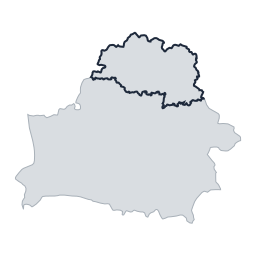 Vitebsk on a map of Belarus (Albers equal-area conic projection)
{"feature_id": "BLR-2341", "entity_name": "Vitebsk", "entity_type": "Region", "adm_level": 1, "iso_a3": "BLR", "parent_name": "Belarus", "parent_adm1": "", "projection": "albers", "projection_center": [28.969, 55.191], "detail": "fine", "context": "in_parent", "style": "outline", "palette": "slate", "viewbox_px": 256, "rotation_deg": 0, "n_neighbors": 0, "source": "natural_earth", "source_scale": "10m", "svg_char_len": 9016}
<svg xmlns="http://www.w3.org/2000/svg" viewBox="0 0 256 256"><path d="M220.6,189.7L216.0,189.6L210.6,189.9L207.6,192.2L204.2,191.2L201.9,192.5L196.6,198.5L194.6,201.7L192.7,206.7L191.5,210.3L192.3,212.8L193.3,215.1L193.6,217.6L194.2,219.6L192.9,221.1L192.1,223.2L189.8,222.9L186.9,220.9L186.3,218.1L184.0,216.1L182.6,215.1L180.2,215.0L176.5,216.0L171.5,216.7L167.8,217.0L165.8,218.0L162.8,219.0L161.6,217.8L159.9,214.6L158.6,211.3L157.6,209.9L156.8,209.5L155.8,209.6L154.7,210.6L153.8,211.7L150.7,212.9L149.3,214.1L147.8,217.1L146.8,216.8L145.8,216.1L144.6,212.8L143.0,212.0L140.4,211.9L137.1,211.2L134.5,210.2L133.6,210.4L132.0,211.8L130.3,212.0L126.6,210.7L125.9,211.2L123.7,214.9L122.7,215.0L122.2,214.6L122.5,211.4L120.4,210.2L116.8,209.9L114.2,210.3L113.0,210.2L112.4,209.5L109.4,204.1L107.8,203.7L104.8,203.9L100.5,203.1L95.6,201.7L92.9,201.2L91.5,199.9L88.4,199.4L80.3,196.8L76.9,196.2L72.0,196.0L64.5,195.1L59.7,195.1L57.4,195.7L54.8,196.0L45.8,196.1L42.6,196.5L41.6,197.6L40.3,200.0L36.3,204.0L32.6,206.6L31.9,206.8L29.9,205.1L28.2,204.5L26.1,204.2L24.6,204.5L23.7,205.2L23.5,208.5L23.3,208.8L22.0,204.7L22.4,201.2L23.5,199.2L24.7,197.5L24.4,194.7L25.8,191.2L26.0,188.6L25.6,187.4L24.9,186.0L22.7,184.4L21.7,183.2L18.7,181.4L15.8,179.3L15.4,178.1L15.6,177.3L16.2,176.2L18.9,172.8L21.7,169.6L23.4,168.4L32.4,164.7L33.8,163.2L34.4,160.7L34.6,155.4L34.4,150.6L34.0,147.3L32.8,141.0L29.4,127.9L27.8,114.5L29.4,115.4L33.4,116.0L36.7,115.3L38.3,115.3L39.8,115.7L44.0,115.2L45.0,116.5L46.8,117.7L50.5,116.4L53.9,114.7L57.3,115.1L57.8,114.3L58.9,109.6L60.0,108.6L64.0,109.3L65.5,108.6L67.2,106.4L69.6,105.0L71.6,105.1L73.8,103.6L74.7,104.8L75.1,106.7L74.4,108.2L74.6,108.9L76.0,109.7L78.5,109.8L80.1,109.2L80.5,108.4L80.5,106.7L80.2,105.2L79.3,103.9L77.3,103.1L76.0,103.0L75.8,102.2L76.3,100.5L77.7,97.3L79.3,94.4L80.3,93.3L80.5,92.3L80.4,90.5L80.5,87.4L82.0,82.9L83.9,79.6L86.3,78.7L89.2,78.2L91.1,76.7L92.1,74.9L93.0,72.0L93.9,71.5L100.8,72.1L102.0,69.2L102.6,68.4L103.9,67.6L104.9,66.6L104.5,65.8L102.8,65.3L98.7,64.7L97.9,63.7L98.2,62.6L99.4,59.6L100.6,55.8L101.2,52.9L101.3,51.1L101.9,50.7L105.3,50.2L106.4,49.7L109.4,45.7L111.6,45.1L117.2,46.3L119.8,46.2L123.1,46.6L123.4,46.2L124.6,42.2L130.2,35.9L133.2,33.7L135.1,33.2L135.7,33.4L138.7,36.8L139.4,36.9L141.4,35.5L144.8,35.4L146.4,36.6L148.6,40.8L149.8,41.3L153.1,39.0L155.0,38.2L156.2,38.2L162.5,41.4L162.9,42.4L163.0,43.7L162.0,47.4L163.3,49.7L164.9,51.3L168.1,48.7L169.3,47.9L170.6,47.9L172.3,46.9L173.6,45.5L174.8,44.9L177.1,45.2L181.3,44.8L186.2,47.0L186.6,47.7L189.1,50.3L190.0,51.6L190.8,52.0L192.2,53.3L193.9,54.1L195.2,53.8L195.7,54.2L196.3,55.2L196.4,57.0L196.4,62.0L194.7,64.6L194.5,65.5L194.6,66.6L196.0,68.8L197.9,72.1L198.4,74.0L198.5,75.4L196.1,79.8L195.3,80.8L194.8,82.9L194.5,85.1L194.7,86.0L199.0,89.3L202.1,91.0L202.9,91.9L203.0,92.5L201.4,96.2L201.3,97.2L203.8,98.6L205.3,100.9L206.6,104.8L209.1,108.4L218.2,113.6L219.0,114.5L219.3,115.7L219.2,118.2L217.7,123.2L219.3,123.8L223.2,123.5L228.0,123.9L234.0,127.0L234.1,128.6L233.5,130.0L234.0,131.5L234.7,132.7L239.9,136.3L240.5,137.4L240.6,139.2L240.6,140.6L239.2,141.0L237.7,141.7L235.2,143.5L234.3,145.8L230.4,149.2L227.9,150.8L225.9,151.0L221.1,150.5L219.3,149.0L218.5,147.6L216.7,147.0L214.2,147.0L210.8,147.4L210.2,147.9L209.7,149.7L208.3,152.8L207.3,154.5L211.9,160.4L214.1,162.8L214.9,164.3L214.9,165.4L213.9,166.7L214.2,169.2L216.4,172.5L215.7,173.1L215.7,177.2L215.8,181.7L216.5,182.7L217.6,183.6L218.7,185.1L220.5,188.8L220.6,189.7Z" fill="#d9dde1" stroke="#a8b0b8" stroke-width="1"/><path d="M99.7,65.1L99.4,65.1L98.1,64.5L97.7,64.3L97.6,63.9L97.9,63.2L98.6,61.8L98.9,60.4L99.1,60.0L100.0,59.2L100.0,58.7L99.7,57.9L99.8,57.0L101.3,55.0L101.5,54.2L101.6,53.1L101.5,52.1L101.4,51.1L101.9,50.3L102.4,50.1L103.0,50.1L104.1,50.7L104.7,50.6L106.4,49.8L106.9,49.3L108.2,47.0L109.5,45.5L110.0,45.2L112.9,44.9L113.8,45.1L114.3,45.3L115.6,46.5L116.2,46.9L116.6,46.7L118.1,45.2L118.7,45.9L119.3,46.3L120.0,46.5L122.8,46.8L123.4,46.8L123.8,45.4L124.0,43.5L124.7,41.8L126.9,40.4L127.6,39.1L127.7,38.2L128.4,37.5L129.9,36.4L130.6,35.0L130.9,34.6L132.1,34.3L133.0,33.9L134.0,33.2L134.9,32.8L135.8,33.4L136.2,34.1L137.7,35.7L138.4,36.7L138.8,37.2L139.3,37.3L139.7,37.0L140.5,35.9L141.0,35.5L144.2,35.2L145.8,35.6L146.0,35.8L147.3,38.0L147.5,38.9L147.6,39.8L147.9,40.6L148.4,41.1L150.1,41.6L150.6,41.5L150.6,40.6L151.2,40.0L152.6,39.4L153.8,38.5L154.9,38.1L156.2,38.1L157.4,38.6L159.2,39.9L162.5,40.8L162.9,41.1L163.7,42.0L163.9,42.3L164.0,42.6L163.9,42.9L163.6,42.9L163.0,43.2L162.8,43.4L162.7,43.7L162.4,45.4L161.9,46.7L161.8,47.3L162.0,48.1L162.2,48.7L163.3,49.6L164.4,51.2L164.8,51.4L165.4,51.3L167.1,49.2L169.3,47.9L169.9,47.8L171.4,48.2L171.9,47.9L172.8,46.2L173.3,45.5L174.1,45.0L175.0,44.8L175.9,44.9L178.5,45.8L179.1,45.6L180.0,44.6L180.5,44.3L180.9,44.5L182.1,45.4L186.5,46.7L186.7,47.0L186.7,47.3L186.5,48.0L186.8,48.3L188.7,49.2L189.1,49.6L189.2,50.1L189.1,50.8L189.1,51.2L189.4,51.7L189.8,52.0L190.3,52.1L191.2,52.0L191.5,52.1L192.7,54.4L193.3,54.5L194.0,54.0L195.0,53.7L195.8,54.0L196.4,55.2L196.6,56.6L196.2,58.0L196.7,58.2L196.6,58.7L196.0,59.2L195.9,59.9L196.1,60.6L196.7,61.5L196.8,62.3L196.5,62.8L195.2,63.8L194.5,64.9L194.2,65.7L194.1,66.4L194.4,66.9L194.7,67.2L195.5,67.6L195.8,68.1L196.3,69.5L196.6,70.0L197.6,70.7L197.9,71.1L198.0,71.2L197.9,71.6L197.9,71.8L198.3,72.0L198.5,72.3L198.5,72.5L198.5,72.9L198.3,73.2L198.2,73.5L198.3,73.7L198.8,74.8L199.1,75.7L199.1,76.5L198.6,76.7L197.5,76.4L197.0,76.5L196.9,77.0L197.2,77.6L197.5,78.0L197.6,78.5L197.2,79.2L196.8,79.5L195.5,79.9L194.9,80.3L195.0,80.7L195.3,81.3L195.3,82.3L194.9,82.9L194.4,83.5L194.0,84.2L193.9,85.3L194.1,85.9L194.5,86.1L195.4,86.4L198.9,88.9L199.3,89.5L199.4,90.2L199.9,90.1L201.8,90.3L202.3,91.3L203.2,92.0L202.6,93.6L201.6,95.4L201.1,97.1L201.7,97.6L203.4,98.1L203.7,98.6L203.2,98.7L202.5,98.6L201.8,99.1L200.9,99.5L201.0,100.5L200.8,100.6L198.2,99.5L197.7,99.6L197.5,99.8L197.4,99.9L197.5,100.3L197.4,100.6L196.8,100.8L195.2,100.8L194.1,100.6L193.0,100.1L192.6,100.2L192.0,100.6L191.9,101.0L191.7,101.3L190.7,101.6L190.4,101.9L190.3,102.1L190.9,102.8L191.0,103.0L190.5,103.6L190.2,104.6L189.7,105.0L189.0,105.4L188.6,105.4L188.0,105.2L187.2,104.5L186.7,103.4L186.4,103.2L186.1,103.5L186.1,103.9L185.9,104.2L184.8,104.9L184.4,104.9L183.1,104.6L182.9,104.5L182.8,104.3L182.9,104.2L183.6,103.1L184.0,102.2L182.6,102.9L181.3,102.8L181.1,103.5L180.8,103.7L179.5,102.8L179.4,102.6L179.6,102.5L179.6,102.3L179.3,102.2L179.0,102.4L178.8,103.0L178.5,103.4L177.6,104.1L177.7,104.8L178.0,105.5L178.0,105.8L177.8,106.2L177.6,106.3L176.7,106.3L176.3,106.1L176.2,105.7L174.7,105.4L174.8,105.0L174.3,104.5L174.4,104.1L174.3,103.9L173.1,103.6L172.8,104.0L173.2,104.3L173.3,104.5L173.1,104.6L172.6,104.8L169.5,105.3L169.2,105.2L167.9,104.7L167.2,104.6L166.9,104.9L166.5,105.8L165.3,106.2L164.9,107.0L164.6,107.3L163.7,108.0L162.9,108.2L162.7,108.2L162.4,107.7L162.5,106.5L162.7,106.2L163.4,105.5L163.6,105.1L163.6,104.9L163.1,104.0L162.6,103.6L162.9,103.2L163.1,102.5L163.3,102.4L163.5,102.0L163.6,101.3L163.9,98.0L164.6,96.8L164.6,96.5L164.3,96.1L164.2,95.8L165.4,94.4L165.3,93.4L165.0,93.0L164.7,92.9L164.5,93.0L164.4,93.9L164.2,94.2L163.9,94.3L162.3,93.9L161.3,94.6L161.0,94.6L160.3,94.3L159.4,94.3L159.4,93.1L159.2,92.4L159.1,92.2L158.8,92.1L157.7,92.5L157.4,92.5L157.3,92.4L157.2,92.1L157.5,91.7L157.4,91.7L156.4,92.1L155.8,93.0L155.2,93.3L154.6,93.3L151.6,92.7L151.4,92.9L151.2,93.6L151.3,93.9L151.7,94.4L151.7,94.6L151.4,95.2L150.7,95.4L150.4,95.2L150.3,94.6L150.0,94.4L148.9,94.3L148.4,94.7L148.2,94.8L146.7,94.3L146.4,94.0L146.3,93.5L146.3,93.2L146.7,92.4L146.7,92.2L146.4,91.6L146.1,91.4L145.5,92.1L145.1,92.3L144.7,91.3L142.6,91.9L142.4,92.1L141.3,95.4L141.0,95.6L140.6,95.5L139.5,94.9L139.4,94.4L139.2,94.2L139.0,93.9L138.2,93.4L137.9,93.1L137.5,92.2L136.9,91.6L136.2,91.6L135.1,91.8L134.6,92.0L133.9,92.5L132.5,92.2L129.6,92.9L129.5,92.7L129.5,92.1L129.4,91.9L129.0,91.7L128.6,91.7L128.1,92.3L127.9,92.3L126.2,91.9L125.9,91.3L125.1,90.6L124.9,90.0L124.5,89.4L124.5,89.2L124.7,88.7L124.8,88.1L124.5,87.7L123.3,86.9L121.2,86.5L121.0,86.4L120.9,86.2L121.1,85.4L121.1,85.2L119.3,83.5L118.7,82.7L118.4,82.6L117.1,82.7L116.6,82.5L116.5,82.4L116.5,81.8L116.3,81.3L115.7,80.4L115.1,79.8L115.1,79.6L115.7,78.7L115.8,78.5L115.6,78.1L115.1,77.7L113.7,77.9L111.9,77.4L111.2,77.9L111.1,78.2L111.3,78.7L111.3,79.1L110.8,79.4L109.1,79.4L108.2,79.3L108.0,79.1L107.6,78.5L107.2,78.3L104.9,78.6L104.0,79.3L103.4,79.4L103.2,79.3L103.0,78.8L102.7,78.6L102.3,78.4L101.0,78.4L100.5,78.9L99.9,79.0L99.1,78.5L97.9,78.5L97.2,78.4L95.7,77.7L95.3,77.9L95.2,78.3L95.3,78.8L95.1,79.0L94.9,79.2L94.6,78.9L94.3,78.9L94.1,79.0L93.6,79.5L93.3,79.7L93.0,79.4L92.8,79.0L92.7,78.0L92.5,77.8L91.0,77.1L91.4,76.5L92.3,74.7L92.4,74.4L92.5,73.9L92.5,72.9L92.6,72.5L93.3,71.4L94.3,71.3L97.0,72.0L97.7,71.4L98.0,71.4L100.3,72.5L100.8,72.4L101.1,71.9L101.4,70.8L101.6,69.7L101.8,69.3L102.2,68.8L102.8,68.2L103.2,68.0L104.6,67.7L105.2,67.3L105.4,66.6L105.2,66.0L104.7,65.6L101.1,64.8L99.7,65.1Z" fill="none" stroke="#1e293b" stroke-width="2"/></svg>